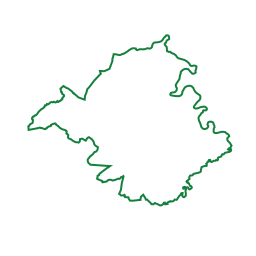 Mexticacán, Jalisco, Mexico, rotated 258°
{"feature_id": "50627088B62341505788280", "entity_name": "Mexticacán", "entity_type": "district", "adm_level": 2, "iso_a3": "MEX", "parent_name": "Mexico", "parent_adm1": "Jalisco", "projection": "natural_earth1", "projection_center": [-102.764, 21.278], "detail": "fine", "context": "isolated", "style": "outline", "palette": "green", "viewbox_px": 256, "rotation_deg": 258, "n_neighbors": 0, "source": "geoboundaries", "source_scale": "gbopen_adm2", "svg_char_len": 5827}
<svg xmlns="http://www.w3.org/2000/svg" viewBox="0 0 256 256"><g transform="rotate(258 128 128)"><path d="M182.5,73.6L180.5,70.1L176.9,70.2L176.8,70.7L174.9,70.8L174.0,71.9L173.2,72.2L172.5,72.1L171.1,70.2L170.6,69.9L170.1,69.9L169.8,68.9L169.2,68.8L169.0,68.0L168.7,67.7L168.7,66.6L168.3,66.3L168.0,65.4L168.0,65.1L169.0,64.4L168.2,63.5L168.1,62.1L169.1,61.0L169.1,60.8L168.8,60.6L168.8,59.5L169.3,58.6L169.3,58.0L169.2,57.5L167.8,55.1L168.3,53.7L167.3,53.1L167.0,51.6L167.3,51.5L167.0,51.1L166.3,50.9L165.7,50.5L165.6,49.7L165.0,49.2L164.4,47.2L162.7,44.3L160.3,41.7L159.9,41.1L159.9,40.7L159.5,40.2L159.6,39.1L158.7,38.1L158.8,37.2L158.1,36.5L157.2,36.0L156.4,36.1L156.2,36.6L155.7,36.7L153.3,36.0L152.8,35.7L152.6,35.2L152.1,33.1L151.6,32.4L150.7,32.0L150.4,30.9L146.8,30.4L146.6,37.9L146.7,42.0L146.1,42.7L146.0,43.5L144.3,46.2L144.1,46.7L144.6,48.4L145.0,48.4L146.0,50.9L145.9,52.3L146.1,53.1L147.0,53.3L147.5,55.2L147.7,57.5L147.0,58.3L146.3,58.3L143.9,60.5L142.5,61.2L140.4,63.5L139.2,65.8L138.3,66.9L137.7,67.2L137.4,67.0L137.0,67.2L135.9,66.9L135.4,66.6L133.8,68.1L131.9,67.5L131.0,67.4L130.3,67.7L128.6,70.1L127.1,71.3L125.2,73.5L124.3,76.1L124.3,76.8L124.1,76.9L124.7,77.9L125.3,78.2L127.1,78.7L127.1,80.9L124.4,84.0L124.7,84.5L125.8,85.2L126.9,86.7L127.1,87.9L126.5,88.5L124.5,90.3L122.0,91.5L118.9,91.7L117.9,92.2L117.3,92.7L116.4,93.5L115.8,94.5L114.6,94.3L113.0,93.6L112.3,92.9L111.5,91.7L111.4,90.1L109.6,88.1L108.1,85.1L105.7,82.2L104.7,81.8L103.3,81.8L101.7,82.2L101.1,82.9L99.9,83.6L94.5,102.5L93.9,100.9L93.6,100.8L93.3,99.4L92.1,96.8L89.1,90.5L88.4,90.0L87.9,89.9L87.6,88.3L85.7,87.8L85.2,87.3L84.4,87.4L81.5,91.8L80.5,91.6L80.1,92.0L80.3,93.6L80.1,94.1L80.1,96.1L81.1,97.5L81.3,99.1L80.7,100.8L79.8,102.2L79.9,104.8L80.5,108.0L80.0,108.9L80.4,110.1L81.4,111.1L81.2,112.4L82.0,113.4L81.7,113.6L80.8,113.2L75.2,110.4L69.1,108.3L65.4,105.6L64.9,106.2L63.4,107.2L63.1,109.3L63.3,110.3L62.5,110.3L62.6,110.8L61.0,110.8L60.1,114.0L58.7,114.0L56.6,114.8L55.9,117.4L55.1,125.3L56.0,125.4L58.1,126.4L59.6,129.0L56.1,130.3L54.2,130.6L54.0,131.8L50.0,134.5L48.6,135.1L48.1,137.1L49.0,138.6L47.6,140.8L45.9,142.8L45.5,143.7L45.5,144.8L46.2,146.5L47.4,147.4L47.3,148.6L46.6,148.6L46.1,148.2L45.6,148.5L45.5,150.8L46.2,150.6L46.6,150.8L47.0,151.3L47.0,152.1L47.3,152.5L47.2,153.6L47.6,153.9L47.6,154.4L47.0,155.6L46.9,156.4L47.4,157.8L48.3,158.8L47.7,160.2L47.7,160.8L50.7,163.8L51.2,164.4L51.7,165.8L53.0,166.4L53.2,167.3L53.1,167.9L50.7,167.1L50.1,167.1L49.0,167.7L48.7,168.5L49.5,170.2L49.9,170.5L52.2,171.0L54.4,171.1L56.3,172.2L57.0,172.2L57.1,171.9L57.0,170.0L57.2,169.5L57.8,169.4L58.5,169.7L58.7,171.1L57.9,172.2L57.6,173.9L57.1,174.5L55.6,174.8L55.2,175.2L55.2,176.0L56.1,177.8L56.4,178.0L57.4,178.0L58.0,177.6L58.6,176.6L61.2,176.1L61.8,175.3L62.1,175.2L62.1,174.7L62.9,174.2L63.4,174.1L63.9,174.5L63.6,175.3L65.0,176.4L65.4,177.6L67.0,177.6L68.4,178.7L68.6,179.4L68.3,180.6L68.4,181.4L69.5,182.5L69.6,188.2L70.2,190.1L72.1,190.7L74.5,191.9L74.9,195.2L74.6,197.0L75.5,197.4L76.7,197.1L77.2,197.9L78.1,198.6L78.4,200.0L79.2,199.9L79.8,200.4L79.7,201.7L78.0,201.9L77.4,202.6L77.4,203.2L78.1,204.9L77.8,206.7L78.4,207.6L77.8,208.4L77.9,209.0L78.3,209.4L79.3,209.5L80.2,210.0L80.4,210.4L80.7,213.2L82.6,214.5L82.7,215.0L82.4,215.4L82.3,216.1L83.6,217.7L83.6,222.4L84.1,223.8L85.0,224.3L85.9,224.2L85.6,222.4L85.9,221.7L86.3,221.4L86.9,222.1L87.5,224.0L89.3,225.6L92.1,224.6L94.4,223.1L96.1,222.7L97.0,222.9L97.5,223.2L98.9,225.3L99.9,225.2L101.1,224.6L102.3,223.2L103.6,222.4L104.5,220.4L104.8,218.7L104.6,213.8L104.8,212.7L105.4,211.5L106.0,211.1L106.8,211.0L109.7,211.8L110.7,212.8L112.5,212.9L113.9,212.5L115.4,212.5L116.1,212.0L116.9,210.7L117.2,208.8L116.6,207.4L114.7,206.4L113.4,206.9L112.5,206.7L111.6,205.7L111.1,204.8L111.0,203.1L111.2,202.0L112.2,200.8L113.7,200.0L116.3,199.7L117.7,199.7L119.7,199.1L122.5,198.9L123.5,199.2L125.0,200.3L125.8,201.6L127.2,202.8L127.7,204.4L129.4,205.1L129.6,205.6L129.1,207.3L129.1,208.2L129.8,209.0L130.9,209.1L131.5,208.9L132.8,207.7L133.2,206.5L133.3,203.3L132.7,199.9L133.0,198.3L133.4,197.4L134.1,196.8L134.9,196.8L135.8,197.4L138.7,200.8L140.5,203.7L141.3,204.6L143.3,205.3L144.5,205.3L145.3,204.9L148.1,202.2L149.1,201.5L151.2,200.7L153.5,200.2L154.5,199.7L155.5,198.9L156.5,197.3L156.7,195.2L156.3,193.0L155.5,191.7L152.3,188.8L150.8,188.3L149.4,187.3L148.8,186.2L148.5,184.8L149.2,181.5L150.6,177.8L151.1,176.8L151.6,176.4L152.2,176.3L153.3,177.1L153.5,178.3L153.3,180.9L153.9,182.4L155.0,183.5L156.9,184.1L158.6,183.5L160.2,183.7L160.8,184.1L165.2,188.5L168.5,189.7L170.5,191.0L171.5,191.1L172.2,191.6L173.3,193.5L173.8,195.0L174.0,196.1L173.6,197.6L172.9,199.2L169.5,201.1L167.7,202.3L167.5,202.9L167.5,204.2L168.0,205.5L168.3,205.8L169.9,205.8L171.7,207.0L173.6,207.7L174.3,207.6L175.1,206.4L175.4,205.2L175.4,203.2L175.9,202.4L176.8,201.7L178.4,201.3L181.1,199.3L182.9,197.2L185.8,191.7L187.3,190.6L188.8,190.1L190.7,188.6L192.3,186.2L193.7,185.2L194.0,183.5L194.7,182.9L195.0,182.2L199.2,182.7L201.3,181.5L202.4,181.3L202.9,181.5L203.6,183.0L204.6,183.4L205.5,184.1L206.4,186.7L208.4,187.1L209.4,187.0L210.2,186.5L210.5,185.6L210.5,184.4L209.8,183.7L208.8,181.9L207.2,180.4L206.2,179.1L205.8,178.0L205.6,175.2L206.1,172.1L205.9,171.0L205.0,169.6L201.9,168.0L201.3,166.9L201.2,166.2L201.2,165.4L202.0,163.6L201.6,160.8L201.9,158.7L202.6,156.2L202.3,153.2L202.4,152.8L203.0,152.3L204.1,152.2L204.8,150.3L205.0,148.4L203.9,145.2L203.1,143.7L201.8,140.1L201.5,138.5L201.6,137.8L201.2,136.7L201.1,135.6L201.2,134.4L202.4,132.0L203.2,129.3L200.6,128.2L198.7,127.0L197.0,126.8L189.7,122.2L188.5,116.5L189.6,112.4L186.8,112.7L181.6,105.1L175.8,98.3L174.4,96.2L171.1,94.6L168.3,92.6L164.7,91.5L168.3,85.8L172.0,83.2L172.3,82.5L173.6,82.1L173.9,81.3L175.1,81.1L178.2,78.4L179.2,77.5L179.9,76.2L182.5,73.6Z" fill="none" stroke="#15803d" stroke-width="2"/></g></svg>